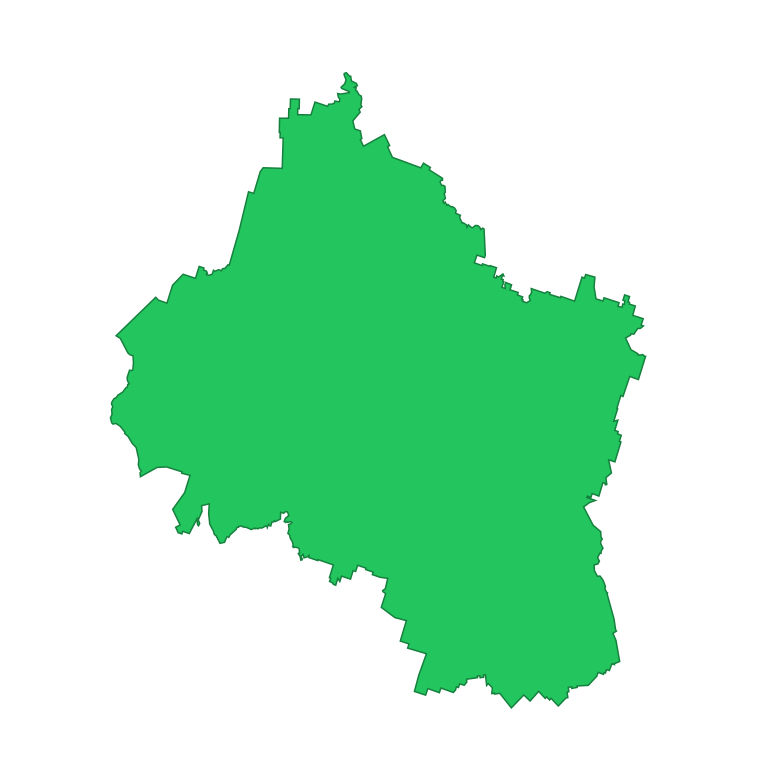 Southern Midlands, Tasmania, Australia, rotated 278°
{"feature_id": "25037944B17356947881143", "entity_name": "Southern Midlands", "entity_type": "district", "adm_level": 2, "iso_a3": "AUS", "parent_name": "Australia", "parent_adm1": "Tasmania", "projection": "natural_earth1", "projection_center": [147.408, -42.418], "detail": "fine", "context": "isolated", "style": "filled", "palette": "green", "viewbox_px": 768, "rotation_deg": 278, "n_neighbors": 0, "source": "geoboundaries", "source_scale": "gbopen_adm2", "svg_char_len": 6144}
<svg xmlns="http://www.w3.org/2000/svg" viewBox="0 0 768 768"><g transform="rotate(278 384 384)"><path d="M339.0,623.5L359.6,626.7L359.9,625.1L366.2,626.1L367.1,622.2L369.5,622.5L370.2,619.0L380.7,620.6L379.1,616.7L392.0,618.8L392.3,618.0L405.6,620.1L404.9,622.4L425.7,626.3L423.8,635.3L447.8,639.2L447.7,638.2L449.2,636.1L448.0,632.8L448.7,631.9L448.3,631.2L449.5,630.7L452.3,623.8L463.2,616.8L466.7,621.4L468.2,621.6L468.1,624.5L474.4,627.6L474.6,630.0L477.6,632.8L478.1,630.4L484.7,631.6L486.6,620.8L496.2,622.0L497.3,615.8L499.0,615.8L499.3,614.2L504.8,615.0L505.7,609.9L500.2,609.0L499.9,610.9L496.4,610.9L496.4,609.2L493.2,609.2L493.4,604.9L497.2,605.5L500.0,589.9L496.7,589.3L497.8,582.1L509.4,578.5L519.2,578.0L520.5,568.5L516.8,567.8L517.4,565.2L492.6,561.2L495.4,546.9L494.0,546.7L495.8,535.5L497.5,535.8L498.1,532.8L496.3,530.5L499.0,516.5L495.7,517.4L492.5,516.6L491.9,515.7L489.7,515.8L486.9,517.2L484.3,513.8L485.1,509.7L486.6,510.0L486.9,508.6L489.5,509.2L490.8,503.7L493.3,504.1L494.8,495.7L500.0,496.5L501.5,490.4L499.3,489.9L495.5,490.7L496.1,487.3L502.1,488.4L502.3,487.3L503.9,487.5L504.2,485.6L507.9,486.2L507.7,487.6L509.5,486.5L505.9,482.6L506.7,480.6L504.6,480.3L505.1,477.8L514.8,479.2L516.0,472.7L515.2,472.6L516.7,464.8L514.9,464.5L516.6,456.6L524.6,458.1L523.1,466.0L525.7,466.4L551.4,461.5L552.1,460.1L550.4,458.3L552.6,457.0L553.9,454.9L553.7,452.4L551.3,450.2L551.1,448.8L553.4,445.4L550.8,444.4L553.0,443.5L554.6,440.3L554.2,439.1L559.3,435.7L561.7,436.2L563.1,431.1L565.8,431.3L568.1,429.4L569.2,426.8L568.8,425.7L570.7,422.3L569.7,421.4L572.7,419.2L571.5,418.5L571.6,417.8L573.8,416.9L576.4,419.0L581.1,417.1L582.2,418.0L588.2,416.9L589.0,415.0L588.7,413.3L591.9,411.4L593.7,412.1L593.8,413.5L595.8,413.4L602.4,398.9L604.8,399.8L608.2,392.4L603.2,390.4L609.6,360.8L619.5,354.5L620.9,356.4L631.0,349.7L616.6,330.6L622.8,326.5L623.9,327.9L631.4,325.3L632.4,319.6L640.2,316.5L649.9,322.6L652.5,321.0L655.5,323.5L657.0,322.3L663.5,322.2L666.0,321.3L666.9,319.1L670.5,316.3L671.1,314.9L673.4,315.2L673.7,313.4L675.7,316.1L677.8,314.8L679.6,309.5L684.1,308.2L684.1,307.0L687.0,303.4L686.1,301.5L684.7,301.4L679.9,304.1L675.7,303.3L671.9,300.2L670.8,300.9L668.8,308.6L667.7,309.1L665.1,300.8L665.2,297.7L661.4,299.0L660.1,300.6L657.2,300.5L657.4,296.0L655.1,295.6L654.0,293.7L653.4,290.3L651.1,289.6L653.6,276.4L640.3,274.2L638.7,261.0L644.6,260.3L644.7,261.7L654.3,260.6L653.2,251.7L643.6,252.8L643.4,251.4L633.9,252.5L632.7,243.6L618.5,245.3L618.6,246.2L613.3,246.8L613.7,249.9L583.4,253.2L581.3,234.2L577.1,231.9L554.6,228.5L555.5,223.1L515.8,219.2L480.1,214.2L480.3,212.9L476.3,210.3L475.7,208.1L473.5,207.3L474.2,204.5L472.1,200.8L472.9,199.3L468.8,198.6L467.4,195.7L467.2,193.4L468.2,192.8L468.9,193.7L471.1,192.5L471.7,189.5L473.8,189.5L474.7,184.6L462.4,182.6L464.7,169.8L452.4,160.9L433.9,157.8L435.6,149.0L438.1,145.9L394.5,112.0L392.5,116.5L379.2,126.0L377.7,128.1L377.0,131.5L370.4,132.9L363.0,133.3L362.3,132.7L362.3,130.1L354.7,128.7L351.5,129.5L348.7,131.7L347.9,130.3L345.4,130.3L344.3,128.9L339.8,126.5L336.0,122.1L333.4,120.8L331.9,118.7L328.5,117.1L326.3,116.9L323.7,118.6L320.9,117.8L316.1,118.9L312.3,117.8L307.6,119.8L306.6,121.1L307.6,124.0L305.5,128.6L300.2,134.2L298.9,134.1L296.5,137.8L290.1,143.0L286.6,147.4L275.0,151.8L269.9,151.9L265.8,153.8L264.0,155.8L261.9,154.8L258.3,155.7L269.8,170.9L271.6,180.2L268.9,196.2L267.5,196.1L266.5,204.6L248.7,201.7L230.4,192.2L216.1,201.7L213.1,197.6L208.1,200.9L207.4,204.7L210.1,205.2L208.8,212.0L226.0,218.1L223.2,217.9L218.8,218.9L217.8,220.1L220.3,220.9L223.5,219.0L232.5,221.5L238.1,220.3L241.0,227.6L231.2,228.4L220.8,231.0L214.7,235.5L211.4,236.9L210.4,238.8L203.4,243.8L205.0,248.1L210.6,249.6L211.0,250.6L210.5,251.6L213.2,252.6L219.2,257.7L221.7,258.5L221.9,259.9L222.7,260.0L223.3,261.4L223.5,263.3L222.8,264.1L222.9,267.5L221.4,272.9L223.2,275.7L222.7,276.5L223.4,277.1L223.0,279.3L224.0,280.2L224.4,283.2L226.9,286.6L226.7,287.9L225.6,288.4L228.9,289.1L227.8,290.2L227.6,291.6L231.7,292.2L232.0,293.9L233.3,294.5L232.7,295.6L235.8,300.2L242.6,299.5L242.0,302.5L244.0,304.4L243.8,306.3L240.6,308.0L237.2,305.0L233.9,304.3L233.2,305.9L234.1,307.2L233.6,307.9L234.7,310.7L234.2,312.0L232.8,311.5L231.5,309.0L227.2,310.2L222.7,309.6L221.4,311.5L218.3,312.6L215.2,315.1L211.8,316.5L210.2,316.1L209.5,317.4L210.1,318.9L209.8,321.9L209.0,322.9L205.2,323.8L204.1,322.7L201.5,325.0L198.0,326.1L198.4,327.3L199.2,327.5L201.7,325.7L204.0,327.5L200.7,329.0L202.4,332.5L203.7,333.5L201.7,333.7L199.9,343.0L200.9,343.2L197.8,359.0L184.6,356.9L184.2,358.3L180.9,357.6L179.8,360.8L178.6,361.7L178.0,364.2L185.2,365.3L182.2,367.7L187.8,368.7L186.1,378.0L194.8,379.4L194.4,382.0L200.8,383.1L199.1,391.9L197.7,391.7L196.2,399.5L193.6,399.0L192.0,407.3L192.1,414.7L181.4,413.8L179.2,411.4L178.2,411.9L176.7,414.8L162.4,412.4L154.2,427.3L152.8,439.1L131.7,435.9L130.1,444.9L125.7,444.2L122.8,463.6L100.7,459.0L83.8,456.9L81.7,468.5L88.5,469.8L86.0,481.8L90.8,482.6L88.2,495.6L90.8,497.4L94.2,497.9L93.8,500.0L97.5,500.6L96.9,505.4L100.4,507.5L103.1,506.8L106.2,517.4L107.7,517.0L108.4,519.6L106.5,520.1L107.5,523.5L109.6,523.0L110.2,524.9L99.8,527.6L101.8,528.9L98.3,533.6L92.4,533.8L93.2,536.4L92.3,536.6L93.8,541.7L81.0,555.2L95.5,565.7L90.4,572.8L101.1,579.9L95.1,587.4L96.8,588.5L94.1,592.0L96.0,593.2L89.4,601.4L98.4,607.9L99.0,609.7L104.4,608.2L105.0,609.9L109.3,608.7L110.2,611.9L108.7,612.3L110.4,617.5L111.8,617.1L114.0,628.2L124.2,635.4L128.2,636.2L127.0,641.7L128.9,642.1L128.6,643.5L132.1,644.1L131.6,647.0L138.6,648.7L138.2,651.2L139.0,650.9L142.0,656.0L162.4,649.4L169.0,645.4L171.7,648.6L173.0,647.5L183.3,644.5L207.3,634.1L208.1,634.5L209.2,633.0L212.2,631.2L214.3,631.5L220.4,628.1L223.9,624.6L223.3,622.1L228.5,618.3L234.1,617.3L235.5,620.8L238.5,622.0L241.7,619.7L246.5,621.3L246.4,622.4L249.8,622.6L251.8,623.7L256.4,620.7L258.9,620.6L260.8,621.7L262.8,620.2L268.0,619.1L273.3,610.7L290.0,598.8L295.2,604.0L298.1,609.5L299.8,600.6L301.3,600.9L300.5,604.7L304.5,605.4L302.9,612.4L316.8,614.5L316.5,616.7L315.0,617.2L315.5,618.6L322.2,616.8L327.5,621.6L340.2,617.0L339.0,623.5Z" fill="#22c55e" stroke="#15803d" stroke-width="1.5"/></g></svg>